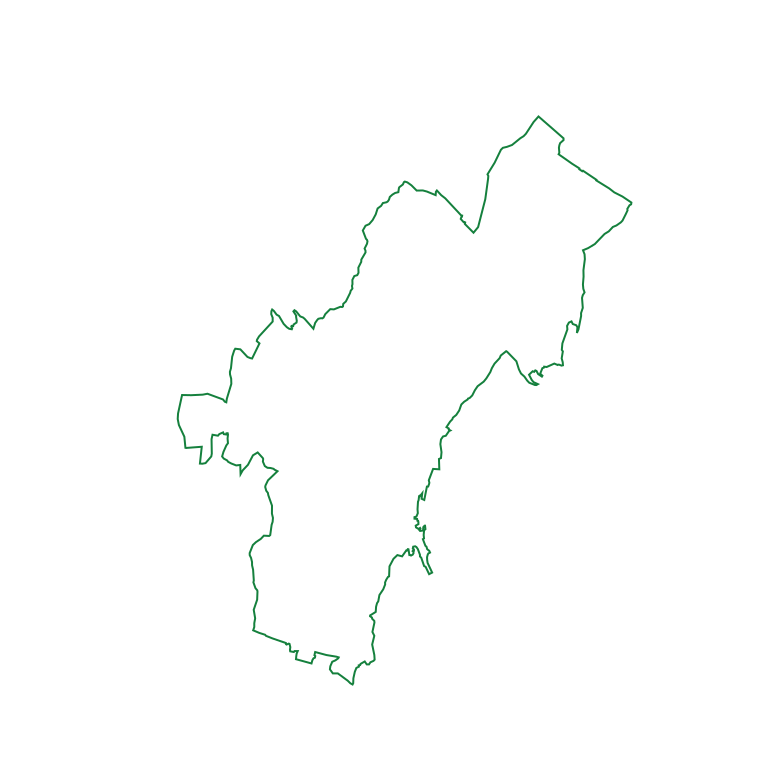 Voloiac, Mehedinti, Romania (Natural Earth projection), rotated 105°
{"feature_id": "2599482B70706234168944", "entity_name": "Voloiac", "entity_type": "district", "adm_level": 2, "iso_a3": "ROU", "parent_name": "Romania", "parent_adm1": "Mehedinti", "projection": "natural_earth1", "projection_center": [23.067, 44.63], "detail": "fine", "context": "isolated", "style": "outline", "palette": "green", "viewbox_px": 768, "rotation_deg": 105, "n_neighbors": 0, "source": "geoboundaries", "source_scale": "gbopen_adm2", "svg_char_len": 6164}
<svg xmlns="http://www.w3.org/2000/svg" viewBox="0 0 768 768"><g transform="rotate(105 384 384)"><path d="M497.8,559.0L497.2,559.0L496.7,557.8L491.8,543.8L508.5,541.2L508.0,538.8L506.6,535.9L498.7,532.1L495.9,532.3L481.9,536.3L477.4,536.5L476.9,531.0L475.0,530.1L472.4,526.9L473.9,525.8L473.6,523.3L472.4,523.4L472.0,522.3L473.2,521.6L477.1,521.0L481.6,519.4L484.1,520.4L491.1,521.5L495.9,521.6L497.5,519.5L498.4,515.8L499.5,514.4L500.3,511.0L500.9,505.7L499.4,501.9L508.2,499.2L503.9,498.1L497.3,494.5L486.8,492.1L482.8,488.3L486.9,481.9L487.7,481.3L490.3,480.9L494.1,477.9L495.1,474.9L494.5,471.9L494.5,468.7L495.1,467.6L495.8,464.3L507.0,471.1L512.6,472.2L514.2,472.1L517.6,470.1L519.2,468.0L521.3,467.0L530.5,460.7L538.2,458.7L542.1,456.6L546.0,455.9L549.1,456.1L559.4,454.8L560.5,455.6L561.6,460.8L565.5,462.9L569.8,466.7L573.5,469.0L582.1,470.0L584.1,469.4L586.4,467.4L590.1,465.4L593.3,464.5L597.2,462.4L607.5,458.9L609.4,458.8L614.5,455.3L616.1,453.0L617.2,452.5L625.2,450.7L635.8,451.4L643.7,447.8L648.6,447.4L652.3,446.4L655.8,446.6L656.7,440.1L657.0,433.9L657.8,432.8L658.6,425.9L659.6,411.7L660.6,411.4L660.9,410.7L659.4,408.8L659.5,408.0L662.4,406.4L665.2,406.0L666.5,405.4L666.2,401.7L665.1,401.3L664.3,398.2L667.0,398.6L669.6,398.3L672.6,397.8L672.6,397.0L672.7,381.7L669.3,381.7L667.2,381.1L666.2,379.9L664.5,380.0L664.0,381.0L660.7,381.1L660.7,369.4L659.7,359.3L659.8,357.0L660.8,357.2L663.5,359.4L665.7,362.1L670.5,362.8L673.6,362.4L676.8,358.5L675.5,353.7L680.0,342.2L681.8,339.0L682.4,336.6L681.0,336.3L676.2,337.4L669.6,337.7L665.4,337.2L663.5,335.1L662.3,335.6L661.6,334.3L660.4,334.2L657.0,330.8L659.3,328.1L658.7,325.9L656.3,325.1L654.2,322.5L652.7,321.7L648.3,323.2L638.7,328.0L629.7,328.2L626.5,331.0L616.9,331.5L615.3,332.1L613.8,334.7L612.7,335.2L611.9,337.4L611.1,337.5L606.3,333.0L601.2,334.0L597.5,334.0L595.4,333.3L589.0,333.8L582.5,331.6L577.3,331.0L575.5,331.6L572.5,331.2L569.3,330.2L568.5,329.3L558.7,331.5L550.4,329.6L545.8,326.8L545.8,321.9L539.0,319.4L539.1,318.9L537.3,318.2L537.3,317.6L542.7,315.2L542.4,314.1L542.7,313.5L541.4,312.1L539.8,311.7L538.5,312.1L538.0,313.1L537.3,312.8L537.1,312.0L536.0,312.3L535.5,313.6L533.6,313.7L532.7,311.9L533.1,310.5L534.7,308.6L539.6,305.1L541.3,304.6L542.1,303.1L549.5,298.1L549.8,296.5L556.0,291.2L553.7,288.7L545.5,295.6L542.7,296.8L540.1,297.6L537.4,297.6L536.2,297.3L534.9,295.9L533.4,297.1L532.4,299.5L530.1,300.9L529.6,302.1L523.8,306.3L522.8,305.4L519.6,306.6L515.0,307.4L513.5,306.4L510.2,307.7L510.3,308.1L512.1,309.0L515.4,308.3L516.6,311.1L516.0,312.0L514.2,311.4L513.7,311.9L515.1,313.1L514.2,316.0L512.6,316.7L510.5,314.5L508.6,315.0L507.4,315.6L507.5,316.3L505.8,317.1L506.2,319.7L504.7,320.1L503.7,318.4L500.0,317.9L496.3,319.2L488.9,320.7L487.3,320.5L483.2,321.1L482.4,320.4L483.0,320.2L479.6,318.8L485.1,318.0L485.6,315.1L472.0,316.0L471.6,314.8L469.1,314.6L467.7,314.6L465.4,315.8L453.3,314.6L452.1,308.5L442.2,311.5L440.8,309.8L435.0,310.8L427.5,314.0L422.8,314.6L419.4,313.4L418.0,310.9L412.6,309.0L411.7,307.9L411.2,309.7L410.2,309.9L409.5,312.5L403.2,310.4L400.5,308.9L398.6,308.7L395.2,306.2L390.1,304.5L383.8,304.0L380.4,302.0L377.3,299.2L376.4,299.1L375.3,297.6L372.2,295.8L366.5,294.6L361.9,293.0L355.9,288.3L352.1,286.6L345.0,284.4L340.8,283.9L335.7,282.5L329.1,279.0L326.3,278.6L320.7,274.5L321.0,273.4L327.8,262.0L334.9,257.5L338.4,254.4L340.5,250.3L343.7,246.5L345.2,244.0L345.9,238.0L345.6,236.6L344.3,235.3L343.5,240.0L341.8,242.4L337.5,246.3L333.2,243.7L333.4,242.1L331.7,241.4L331.9,240.1L334.5,237.7L336.0,233.4L335.0,233.1L333.6,235.8L327.7,235.1L326.8,233.8L325.8,233.8L325.5,231.3L320.2,224.8L320.7,221.2L320.2,220.8L320.0,219.8L320.3,217.3L319.6,216.0L316.7,217.0L313.3,219.0L306.2,219.7L305.0,221.1L298.6,222.2L283.8,221.0L280.5,222.2L276.8,221.3L275.0,219.1L277.2,217.2L277.5,213.5L279.2,211.8L284.8,210.9L281.0,210.3L267.3,211.2L264.5,212.0L259.0,211.7L249.6,215.0L246.8,215.0L243.6,214.0L240.5,216.1L236.4,217.6L228.7,219.0L222.5,220.8L211.4,222.3L206.7,223.9L203.3,226.4L200.0,222.1L194.3,216.6L182.0,209.8L178.4,206.4L173.1,203.6L170.7,200.5L166.5,197.0L164.4,195.9L157.2,194.4L153.2,193.7L151.9,194.3L147.8,193.1L146.5,191.8L144.7,192.0L141.2,202.2L139.3,211.2L136.8,217.1L132.4,231.7L131.8,231.6L126.5,247.0L127.2,247.5L126.0,251.0L125.2,251.0L122.6,259.2L116.9,274.8L115.2,274.5L110.5,276.2L107.9,276.4L105.7,276.2L101.9,273.7L100.2,274.2L85.6,304.0L92.2,307.3L105.6,311.7L108.5,313.3L111.3,315.9L120.0,322.2L123.1,326.6L125.1,330.3L127.5,331.7L141.6,334.4L154.7,338.3L156.0,337.1L158.7,336.6L179.3,334.0L208.1,333.7L214.7,336.7L208.5,347.3L206.9,347.4L206.7,348.3L207.1,348.9L204.7,352.6L202.7,352.5L202.3,352.0L201.1,352.1L201.1,353.2L188.8,372.9L186.8,377.6L183.4,383.0L184.9,383.6L188.2,383.0L187.0,392.4L187.0,396.6L188.7,402.5L185.0,408.9L183.2,413.6L183.1,416.3L183.9,417.0L186.4,417.4L189.9,420.1L190.8,420.3L195.0,419.8L196.6,422.7L198.9,424.9L201.8,426.8L204.7,426.9L206.7,427.6L207.8,428.6L209.5,431.9L212.7,432.9L216.1,435.6L222.3,435.9L228.6,437.4L233.4,439.7L235.9,442.8L241.2,444.2L248.4,439.0L249.1,437.8L250.4,436.9L252.9,436.7L258.2,437.8L260.0,436.4L261.7,435.9L269.7,438.1L271.9,437.6L278.2,438.9L283.2,437.4L285.8,438.0L287.4,440.6L291.6,441.5L295.7,440.3L297.6,440.3L300.0,439.2L302.6,440.3L304.8,440.3L314.2,442.2L317.1,444.1L319.7,443.7L320.5,444.4L320.7,446.1L324.9,451.7L325.6,455.3L331.7,458.8L335.5,459.6L336.6,460.6L336.7,461.8L338.0,464.3L339.5,465.1L342.8,466.3L348.9,466.5L341.6,477.5L340.7,479.4L340.4,482.4L336.6,487.6L335.9,489.6L337.3,490.3L340.8,486.4L341.7,486.4L345.5,484.6L347.3,484.4L349.9,486.7L351.6,486.7L351.8,488.3L352.5,488.4L354.1,487.1L355.0,487.2L355.2,489.9L354.3,492.5L351.9,496.5L345.5,503.0L344.8,505.7L341.9,509.3L341.0,511.3L342.8,511.6L345.7,511.0L348.8,508.7L352.5,507.7L370.3,517.0L374.1,518.1L375.5,518.0L377.0,514.8L393.5,518.0L393.6,519.8L393.2,522.9L387.7,531.7L388.4,536.8L390.6,537.4L397.0,537.7L408.4,535.9L412.1,536.0L414.6,535.2L418.4,533.0L423.4,531.5L438.8,532.0L442.5,531.6L442.3,533.2L440.6,535.5L439.1,552.0L441.2,556.3L444.7,567.3L446.9,576.2L465.8,575.3L471.2,574.2L476.7,571.5L486.6,563.2L497.8,559.0Z" fill="none" stroke="#15803d" stroke-width="2"/></g></svg>